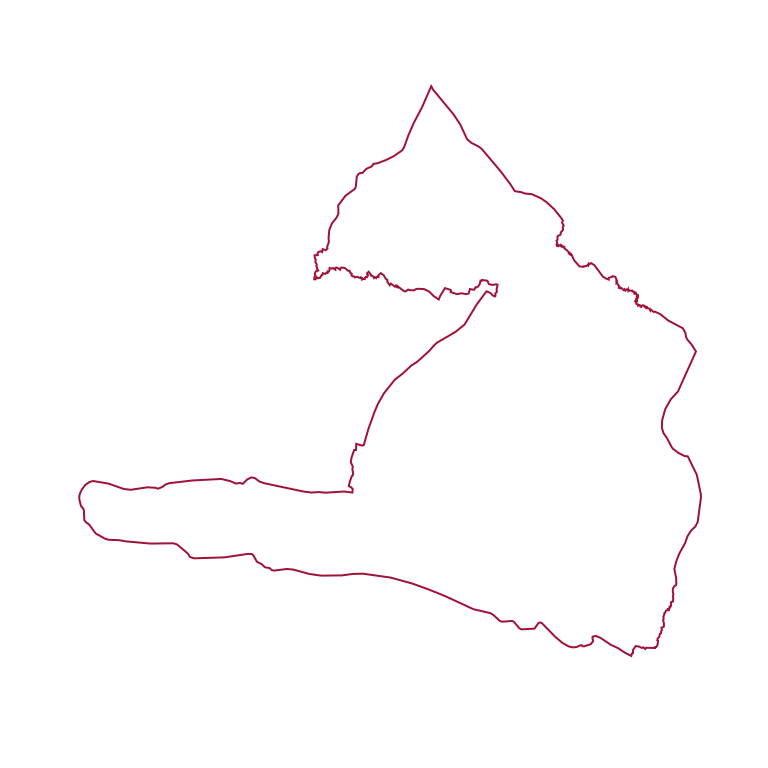 Khemarat, Ubon Ratchathani, Thailand (Equal Earth projection), rotated 175°
{"feature_id": "78962969B49998456253138", "entity_name": "Khemarat", "entity_type": "district", "adm_level": 2, "iso_a3": "THA", "parent_name": "Thailand", "parent_adm1": "Ubon Ratchathani", "projection": "equal_earth", "projection_center": [105.125, 15.95], "detail": "fine", "context": "isolated", "style": "outline", "palette": "rose", "viewbox_px": 768, "rotation_deg": 175, "n_neighbors": 0, "source": "geoboundaries", "source_scale": "gbopen_adm2", "svg_char_len": 6121}
<svg xmlns="http://www.w3.org/2000/svg" viewBox="0 0 768 768"><g transform="rotate(175 384 384)"><path d="M87.7,285.5L90.8,286.0L96.6,289.6L101.7,294.2L103.0,296.2L106.8,305.4L109.9,310.8L111.0,316.2L110.1,323.5L106.1,334.3L99.5,343.9L91.9,350.8L70.4,389.2L74.2,396.6L78.2,402.2L79.1,405.0L79.2,408.4L81.5,413.5L95.4,422.5L102.8,429.6L107.9,432.5L109.2,432.3L111.6,434.8L112.3,433.9L112.9,436.0L115.0,436.5L115.3,437.8L116.0,438.1L116.5,437.2L116.9,438.0L117.8,438.2L117.8,439.3L119.3,439.9L120.5,439.6L121.0,438.4L121.8,438.7L121.7,439.6L122.6,440.4L124.0,439.9L123.9,440.9L125.7,441.9L125.6,443.2L126.7,444.6L125.7,445.6L124.7,444.9L124.7,446.1L124.2,446.7L125.0,447.3L124.4,447.8L124.5,448.9L123.3,448.7L123.4,450.5L124.2,450.4L125.4,453.2L126.0,453.0L125.4,451.8L126.7,452.1L127.0,454.2L128.3,454.5L128.6,455.5L130.8,455.4L132.0,456.3L132.5,455.7L132.6,457.1L132.9,456.6L134.1,457.1L135.3,456.0L136.2,457.5L137.0,456.6L139.7,459.4L140.3,458.7L141.8,459.4L141.3,461.3L142.8,463.2L142.8,464.6L143.6,464.3L143.3,465.3L143.7,466.3L143.0,466.9L144.2,470.6L146.9,471.5L148.2,470.6L150.7,470.3L151.2,469.7L151.1,468.5L154.2,470.0L156.6,471.9L164.0,484.0L167.2,486.4L168.6,485.6L169.6,486.2L170.2,484.1L170.9,484.7L172.2,483.8L174.7,483.9L175.0,483.3L179.0,484.1L183.9,490.8L186.1,497.2L186.9,497.3L187.2,496.6L187.8,497.1L187.7,498.5L188.5,498.4L188.4,499.1L190.2,501.4L192.5,503.4L192.3,504.7L193.1,505.4L194.6,505.0L194.9,506.6L195.6,507.2L196.2,506.2L197.9,507.2L198.5,506.1L199.7,506.5L199.9,508.2L199.2,509.3L199.6,511.7L198.6,512.6L198.3,516.1L195.1,517.4L194.6,519.7L192.1,522.1L192.3,524.7L191.2,526.2L192.6,529.2L191.5,531.3L193.6,534.9L199.4,543.5L206.2,550.9L211.4,555.3L219.9,560.1L227.8,561.7L230.1,563.0L236.9,564.7L240.8,572.2L249.2,585.6L266.1,609.6L269.1,612.3L275.8,616.5L279.8,620.4L285.4,635.8L291.2,646.5L309.3,672.7L311.0,676.5L322.1,656.2L331.7,641.3L338.2,629.3L343.4,618.0L345.7,615.1L354.4,610.1L362.7,606.9L371.1,604.5L375.4,604.2L377.1,601.9L382.8,599.9L387.0,596.2L389.6,596.2L391.0,595.5L393.0,593.1L394.9,583.1L395.8,581.1L405.8,575.0L414.0,566.0L414.6,557.6L416.6,554.1L422.0,548.3L425.1,542.2L426.5,534.2L426.5,530.4L428.7,525.5L428.5,523.9L430.3,522.4L433.4,523.7L434.1,520.8L435.6,521.8L438.0,521.1L438.9,519.9L438.7,518.1L441.9,518.3L442.0,516.0L441.1,513.9L441.8,511.8L440.6,509.0L441.1,507.2L440.4,506.0L440.7,504.8L439.7,502.8L442.2,502.1L443.4,499.7L442.8,498.0L443.7,497.4L444.4,494.4L443.0,494.2L441.6,496.1L440.6,495.2L438.4,495.4L436.6,498.1L435.6,498.2L435.3,499.7L432.8,498.8L432.0,499.6L430.6,499.5L430.4,501.1L429.4,500.7L428.6,501.5L428.1,504.3L426.1,503.5L425.0,504.0L422.5,502.1L422.2,504.0L420.7,504.1L417.8,501.7L417.0,503.6L415.1,503.6L412.7,502.8L409.8,499.8L408.5,499.9L407.9,497.7L406.5,496.6L407.0,495.2L406.0,494.0L404.8,494.0L403.8,492.7L401.2,493.1L398.4,491.6L397.7,492.3L396.7,491.6L396.7,490.0L395.7,490.5L394.0,490.2L393.7,491.4L392.5,492.3L391.6,491.9L390.4,493.9L391.3,495.0L391.2,495.8L389.5,497.2L387.6,494.2L387.5,493.1L385.9,492.7L384.7,490.4L383.7,491.3L382.6,490.2L381.7,491.4L380.1,491.0L380.1,492.8L377.5,494.7L374.9,492.5L373.2,488.9L371.5,487.2L371.8,485.6L369.7,481.9L368.5,483.4L364.6,480.0L363.4,481.2L362.4,480.1L362.6,479.3L361.9,479.0L361.7,480.1L356.0,474.7L354.3,474.4L351.7,476.0L350.1,475.2L345.7,474.7L343.8,475.8L341.9,475.9L335.9,475.1L330.7,471.9L327.0,467.4L322.1,463.4L320.4,466.8L314.9,474.2L309.5,472.0L309.2,471.5L309.6,469.8L303.6,467.2L298.7,467.6L294.2,466.3L291.8,466.8L290.1,471.1L286.0,470.0L284.3,472.4L283.6,472.1L281.7,473.0L279.9,475.2L278.9,478.5L277.8,478.2L277.4,479.1L272.1,477.9L270.7,474.3L267.2,473.2L263.5,473.6L262.2,472.9L263.6,468.4L263.5,466.0L265.2,464.4L265.3,462.1L266.0,461.5L268.3,463.1L269.8,465.2L273.8,467.4L284.4,455.5L298.6,436.2L308.4,429.6L327.1,420.8L329.8,419.0L336.0,413.1L349.2,403.1L355.1,400.1L364.4,392.8L372.8,387.4L384.8,374.8L391.9,364.5L395.7,357.4L403.6,340.3L409.5,324.8L411.4,324.6L416.8,326.8L417.7,320.7L419.5,320.8L422.7,313.7L423.9,309.1L422.3,304.3L422.9,302.0L422.6,297.0L423.4,295.3L424.1,295.1L426.8,289.1L427.9,285.2L426.1,284.3L424.3,282.1L425.0,278.6L433.2,280.4L451.7,280.8L458.2,282.0L465.9,282.2L473.6,283.9L512.0,295.6L516.6,297.7L520.9,301.6L524.3,302.5L528.7,300.8L533.3,296.9L536.3,298.0L540.1,297.7L545.5,300.6L554.4,303.6L583.2,304.6L606.8,303.9L610.7,302.8L613.4,300.9L618.2,299.4L621.0,300.6L628.7,301.7L645.4,300.7L652.4,302.1L666.9,308.7L682.2,312.7L685.9,312.1L690.5,309.4L694.2,305.2L696.0,302.2L697.3,299.1L697.6,295.9L696.5,288.8L694.8,286.7L694.0,284.3L694.4,274.4L692.8,272.1L690.2,270.0L684.3,260.3L675.4,254.2L671.8,252.8L661.5,251.5L654.7,249.7L630.7,245.4L607.9,243.7L604.5,242.4L602.1,240.2L594.0,232.0L592.4,228.6L588.3,226.9L558.3,225.2L534.6,226.6L530.5,226.1L529.2,224.8L526.0,217.9L521.6,215.2L518.6,211.8L514.0,210.6L512.3,208.6L510.1,207.7L496.9,208.2L490.4,207.0L475.0,201.3L463.6,198.6L442.3,197.0L431.7,197.5L421.7,196.9L394.3,190.6L373.3,182.8L358.0,175.7L342.0,167.6L314.4,151.8L298.0,146.5L294.9,144.1L289.1,137.7L286.6,136.9L277.0,136.8L275.3,135.8L270.5,128.9L268.5,127.6L255.4,127.2L251.1,132.2L250.2,132.8L247.9,132.4L235.6,117.4L228.8,110.5L223.1,106.6L219.6,105.3L215.4,105.1L211.6,106.4L209.9,106.6L209.2,105.5L207.6,105.2L200.7,106.8L198.0,109.7L198.5,112.8L198.2,114.1L195.0,114.6L190.3,112.1L180.7,104.4L173.9,100.5L167.8,95.6L161.4,91.5L160.4,94.0L159.4,94.3L159.2,97.3L156.1,101.0L152.7,100.2L150.2,98.6L148.8,99.1L146.9,97.2L146.0,98.4L137.0,97.4L136.9,98.3L135.7,98.2L134.3,100.2L133.3,104.2L134.1,104.9L133.3,107.0L131.7,108.2L131.1,110.8L129.8,111.6L129.3,113.9L128.6,114.6L128.9,117.0L126.3,118.0L126.0,121.5L126.5,124.2L125.8,126.0L126.0,127.9L125.0,129.5L124.8,131.1L123.8,131.5L123.3,133.1L122.3,133.9L120.2,133.9L120.6,135.0L119.6,134.9L119.0,137.0L118.5,136.5L117.3,138.1L117.3,141.1L116.5,142.0L115.2,142.0L114.6,144.7L114.7,147.4L114.0,148.9L114.4,151.3L114.1,154.9L112.3,157.4L110.6,158.2L110.2,159.7L109.9,165.3L110.9,174.4L108.3,181.9L104.5,189.5L97.9,199.3L94.8,206.1L90.5,211.6L86.3,214.8L83.5,219.3L78.1,243.4L78.0,246.9L80.3,266.3L87.7,285.5Z" fill="none" stroke="#9f1239" stroke-width="2"/></g></svg>